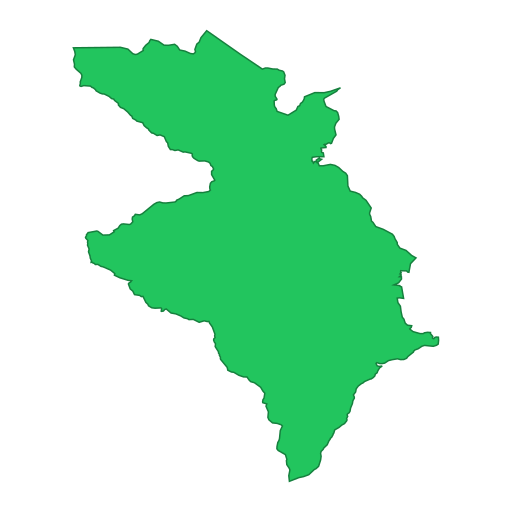 the district of Carlibaba, Suceava, Romania
{"feature_id": "2599482B80597695869620", "entity_name": "Carlibaba", "entity_type": "district", "adm_level": 2, "iso_a3": "ROU", "parent_name": "Romania", "parent_adm1": "Suceava", "projection": "robinson", "projection_center": [25.055, 47.601], "detail": "fine", "context": "isolated", "style": "filled", "palette": "green", "viewbox_px": 512, "rotation_deg": 0, "n_neighbors": 0, "source": "geoboundaries", "source_scale": "gbopen_adm2", "svg_char_len": 6004}
<svg xmlns="http://www.w3.org/2000/svg" viewBox="0 0 512 512"><path d="M289.4,481.3L298.9,477.6L303.6,476.6L308.8,474.7L314.3,469.5L316.0,468.7L318.6,466.3L320.6,460.0L321.1,456.3L320.6,453.4L321.1,451.4L323.1,449.4L323.8,448.0L327.2,444.8L329.0,440.7L330.1,439.3L330.3,438.4L331.6,437.3L333.1,434.6L333.0,434.1L333.8,433.1L334.7,429.9L338.9,427.5L341.9,425.0L344.5,423.6L346.7,420.8L347.0,419.9L346.6,418.4L347.7,416.4L347.1,414.9L347.6,413.8L349.1,412.8L350.0,411.3L350.6,408.0L352.4,403.6L352.9,400.7L354.3,398.2L354.3,397.1L353.4,394.9L355.6,392.0L356.2,388.8L358.3,386.0L361.6,383.5L362.9,383.0L364.6,381.5L370.1,379.1L371.1,379.0L373.2,377.6L374.8,376.0L375.3,374.1L377.1,372.8L377.8,370.8L379.6,367.9L382.2,366.0L379.1,366.4L377.1,365.8L376.0,363.4L376.8,362.6L379.8,363.6L382.1,363.6L384.7,363.1L388.5,360.6L392.1,359.7L397.5,358.8L400.5,359.6L403.8,359.5L406.6,358.3L407.9,356.5L413.4,352.1L413.6,351.3L415.0,349.9L418.1,348.8L422.0,346.2L424.5,345.4L433.3,346.3L436.5,345.3L438.2,344.1L438.6,340.4L438.4,337.2L436.3,337.0L434.9,337.4L433.9,338.6L433.3,338.7L432.4,338.0L432.8,336.5L430.4,333.5L430.5,332.5L427.5,332.3L424.4,332.8L423.2,333.6L420.1,333.6L413.0,331.6L410.1,329.3L409.7,328.9L411.3,327.3L411.7,325.7L407.5,325.2L405.2,323.1L403.9,319.1L402.3,317.2L401.1,311.8L400.4,306.2L397.9,302.6L397.2,298.1L399.5,297.8L403.6,298.4L401.6,286.9L400.1,286.3L399.8,285.6L393.9,284.9L398.6,282.8L401.5,279.0L401.4,276.8L399.5,276.7L401.1,275.4L401.0,274.1L400.0,273.9L401.1,272.5L400.6,272.1L400.7,270.7L406.6,270.9L407.7,272.1L408.9,272.3L410.5,263.7L416.0,257.9L411.7,255.5L406.0,250.4L399.9,248.1L397.3,244.4L397.2,242.5L395.0,238.8L394.1,236.4L392.4,234.2L383.2,229.3L375.8,226.6L373.0,222.4L371.5,221.1L370.7,216.5L369.6,214.2L369.6,212.8L371.2,208.0L366.0,200.3L362.4,197.6L361.9,196.5L359.6,194.2L355.4,192.4L350.2,191.1L347.9,186.0L347.4,175.7L345.7,173.2L342.7,171.3L338.7,167.5L335.0,165.4L330.4,164.4L323.1,165.8L319.3,165.8L318.1,163.0L317.2,162.7L321.6,159.3L319.9,158.9L319.3,158.1L316.3,160.1L316.6,161.4L314.8,161.5L313.4,163.1L312.7,161.2L311.9,161.0L311.9,158.5L312.3,157.3L316.4,156.7L323.9,156.7L323.3,152.9L321.7,152.4L321.4,151.2L321.7,150.0L320.8,148.6L321.0,148.0L326.0,147.5L326.0,146.5L324.1,144.6L324.7,144.3L325.6,144.5L328.6,142.8L329.7,142.9L330.5,143.6L331.5,143.3L333.4,138.4L336.0,134.9L334.6,129.1L334.5,126.9L335.9,123.2L339.1,119.3L338.7,116.3L337.6,112.5L336.0,110.9L334.1,110.7L326.0,106.5L324.0,101.2L323.7,99.2L324.5,98.1L336.7,91.2L337.7,89.7L340.5,87.8L330.5,91.3L324.1,92.7L314.8,92.6L304.5,96.8L304.2,98.9L303.5,100.3L302.4,102.1L300.5,103.5L299.7,105.7L297.9,106.5L296.3,110.1L288.0,115.2L277.1,111.4L276.2,108.7L274.6,106.5L274.3,104.8L274.1,101.0L274.7,100.4L276.6,99.9L277.0,99.2L275.2,96.3L275.1,94.5L278.3,87.5L280.1,86.2L280.7,85.3L284.0,84.2L285.2,82.6L284.5,78.8L285.0,75.3L283.7,71.9L282.5,71.0L279.1,70.2L277.3,69.1L272.8,69.0L267.8,68.0L265.4,68.0L262.4,69.1L240.4,54.3L206.7,30.7L201.0,37.6L199.2,42.1L196.8,44.1L194.9,49.4L195.5,51.8L194.7,53.0L193.3,53.9L190.4,53.5L185.0,51.1L179.7,50.0L177.3,46.3L174.6,44.3L168.5,45.3L164.1,45.2L158.3,41.2L150.8,39.4L149.7,40.9L149.1,42.5L145.7,45.3L143.4,48.2L143.0,49.0L143.3,50.5L137.3,54.2L135.2,54.5L132.8,53.7L127.9,49.1L120.4,47.3L73.4,47.8L74.8,51.6L75.3,54.8L73.5,59.8L74.5,64.2L74.3,66.9L76.2,69.2L80.9,73.3L81.9,75.3L81.8,77.5L80.2,82.0L80.4,83.1L79.8,85.6L80.1,86.1L81.1,86.4L83.8,85.6L90.5,86.1L92.1,87.5L93.3,87.8L95.5,89.7L96.1,90.8L100.0,93.1L102.3,93.9L104.2,94.0L109.1,96.4L111.6,98.6L113.8,99.1L114.5,100.4L118.4,103.4L118.4,105.0L120.5,107.4L123.8,108.7L127.7,112.0L130.7,115.5L131.7,115.9L132.7,118.4L135.7,120.0L136.8,121.1L142.7,122.7L144.1,125.6L146.7,127.9L148.1,128.6L148.9,130.1L151.6,132.9L153.5,133.3L157.1,135.5L160.1,134.9L164.3,136.7L166.4,141.6L167.7,142.9L168.3,146.3L170.4,149.6L172.5,149.6L174.9,150.5L178.2,149.9L183.2,152.1L185.1,151.9L191.4,153.3L192.3,154.0L192.2,155.8L192.7,156.9L194.0,158.3L197.7,160.6L199.1,161.1L204.8,160.9L208.5,162.0L210.1,163.3L210.9,165.5L212.4,166.5L213.6,169.0L213.3,169.7L211.6,171.3L211.6,174.6L214.8,180.2L214.1,180.9L211.8,181.7L210.4,183.3L209.7,186.9L209.9,189.1L210.4,190.1L208.8,191.5L202.9,192.6L196.9,192.5L188.4,195.6L184.2,195.8L179.1,199.1L176.6,200.2L176.3,201.0L175.0,202.0L166.0,203.0L162.8,202.9L159.6,202.0L156.8,202.6L153.8,204.3L142.3,213.7L139.7,214.9L135.3,214.3L134.4,215.8L132.5,217.1L132.2,219.1L132.8,221.8L130.5,224.2L129.2,224.5L123.4,223.9L121.4,224.2L119.8,225.6L118.1,228.2L113.6,230.6L114.2,231.8L109.4,234.9L102.9,235.1L98.0,231.4L96.8,231.0L88.1,232.6L86.4,234.9L86.5,235.8L85.5,237.3L85.8,238.2L87.9,240.5L87.5,242.2L87.8,243.7L87.5,245.1L89.1,249.0L88.5,251.8L90.0,255.9L90.3,258.2L91.4,260.6L91.1,262.4L92.2,262.2L92.6,262.8L94.4,263.5L95.3,264.5L97.9,264.4L101.0,266.4L103.0,266.8L110.6,270.1L114.8,273.6L114.4,275.2L119.9,277.8L128.3,280.4L131.6,280.7L130.5,282.2L129.2,282.8L128.4,283.9L130.2,288.9L132.8,291.1L134.5,294.6L139.7,295.4L141.3,296.6L143.0,296.4L145.9,302.4L147.9,304.3L148.5,305.8L151.8,307.8L155.1,308.2L160.9,307.9L161.6,308.5L161.2,311.2L161.6,311.4L163.5,311.0L164.7,309.5L166.3,309.0L171.0,313.0L175.9,313.9L180.9,316.0L183.9,317.9L187.5,318.7L188.9,319.6L193.3,319.4L199.2,322.3L204.2,320.8L207.3,321.6L209.0,321.4L209.5,323.0L212.3,326.9L215.0,334.3L214.6,335.9L215.1,337.6L213.9,338.7L213.6,340.0L214.3,342.0L215.5,343.7L215.2,346.6L218.5,351.8L218.5,353.0L219.5,354.4L219.4,355.4L220.4,357.0L220.4,358.8L220.7,359.5L227.2,367.4L227.8,370.2L231.4,372.0L233.8,372.3L238.9,375.3L243.5,376.9L247.0,377.0L249.3,380.3L250.8,381.7L254.4,382.7L260.6,387.2L263.0,391.2L264.8,393.2L264.0,398.2L263.0,399.6L262.6,401.9L262.8,402.7L266.8,403.9L266.0,406.2L268.4,411.8L267.9,417.4L268.9,419.8L272.5,422.9L277.2,423.4L281.2,424.8L282.4,426.0L280.3,430.6L279.5,438.5L279.0,440.4L277.8,442.5L277.0,446.5L276.9,448.8L278.2,450.5L285.4,454.6L286.9,459.4L286.4,460.6L286.8,464.6L289.3,468.4L289.9,470.0L288.8,475.7L289.4,481.3Z" fill="#22c55e" stroke="#15803d" stroke-width="1.5"/></svg>